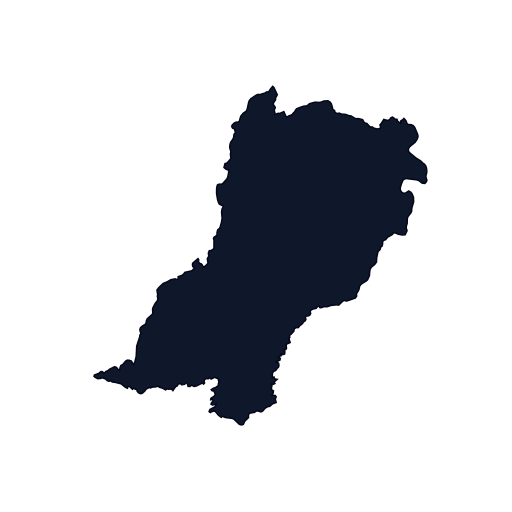 the district of São Gonçalo do Abaeté, Minas Gerais, Brazil, rotated 344°
{"feature_id": "56859067B31558780587995", "entity_name": "São Gonçalo do Abaeté", "entity_type": "district", "adm_level": 2, "iso_a3": "BRA", "parent_name": "Brazil", "parent_adm1": "Minas Gerais", "projection": "mercator", "projection_center": [-45.579, -18.177], "detail": "fine", "context": "isolated", "style": "filled", "palette": "ink", "viewbox_px": 512, "rotation_deg": 344, "n_neighbors": 0, "source": "geoboundaries", "source_scale": "gbopen_adm2", "svg_char_len": 6135}
<svg xmlns="http://www.w3.org/2000/svg" viewBox="0 0 512 512"><g transform="rotate(344 256 256)"><path d="M318.8,97.5L315.9,99.5L313.4,101.7L311.5,101.2L309.7,101.8L304.3,101.9L302.4,101.2L300.6,101.4L294.5,103.3L292.5,104.7L291.5,105.9L287.9,112.6L286.4,114.1L283.1,115.2L279.9,117.4L276.9,122.1L275.5,122.4L273.8,121.8L271.7,122.2L269.3,123.5L268.3,124.8L268.7,126.6L270.3,127.9L270.2,131.9L268.5,132.8L267.2,135.8L265.8,137.5L263.3,139.4L262.3,140.7L261.2,142.8L260.6,144.8L260.6,148.9L259.5,150.9L258.8,155.3L254.5,158.2L253.3,158.7L251.7,158.6L249.6,162.1L251.2,164.5L253.3,165.8L252.8,168.0L250.6,172.3L249.2,173.9L243.6,177.4L242.3,177.4L240.6,176.8L238.7,176.9L237.7,178.2L236.7,180.4L235.3,185.1L234.6,191.2L234.7,194.5L235.1,196.1L238.5,199.2L236.5,201.2L235.7,202.7L235.0,204.3L233.8,210.5L232.2,213.9L229.4,218.5L228.3,219.5L226.4,220.3L225.0,222.6L224.4,224.9L222.5,226.0L221.1,226.2L220.0,227.3L220.0,229.1L217.6,237.3L214.3,238.4L212.6,238.0L211.2,239.7L210.7,241.5L210.8,242.9L208.4,245.2L207.9,249.7L204.5,251.7L202.8,252.1L202.0,250.9L201.8,249.5L201.1,248.3L199.8,247.6L199.1,245.7L199.9,243.9L199.5,242.5L193.1,245.5L192.4,247.2L192.4,249.0L193.8,250.0L192.3,251.4L190.2,252.5L183.1,252.1L181.6,253.3L179.7,254.2L175.5,254.4L174.9,256.4L173.5,256.9L172.1,255.7L167.7,255.3L163.6,256.3L159.2,256.8L153.7,259.7L151.4,261.4L150.8,266.2L150.1,267.4L149.9,269.7L149.1,271.6L146.1,273.7L142.7,277.3L141.9,278.7L141.0,282.7L139.7,283.7L134.3,286.3L132.9,287.8L132.1,289.6L131.1,291.0L127.4,292.0L125.2,293.1L124.0,294.8L123.9,299.0L122.7,299.9L121.9,301.7L116.5,309.7L113.2,319.4L110.2,324.7L108.5,326.5L107.7,324.7L107.3,322.7L105.3,321.2L103.5,320.6L101.7,321.1L98.0,323.6L96.0,324.0L94.6,325.7L93.6,327.9L92.1,327.0L91.3,324.8L89.6,323.4L83.8,324.5L81.8,325.5L80.0,325.5L78.8,326.4L77.3,326.4L76.6,325.0L75.3,324.3L72.3,325.5L68.0,325.8L67.1,326.9L67.8,328.1L70.0,330.3L73.0,330.9L74.5,330.6L77.6,332.9L78.7,334.9L80.0,335.8L82.2,336.1L83.1,337.5L85.9,338.7L91.1,341.7L94.4,346.4L96.0,347.7L97.0,345.8L98.7,347.0L100.5,350.1L101.8,349.4L104.7,352.0L104.5,353.3L105.3,355.1L107.2,356.6L109.0,356.6L112.0,355.1L113.8,353.6L117.2,353.0L118.3,353.8L119.7,353.4L123.7,354.2L125.5,354.0L127.3,355.8L129.5,357.1L132.2,359.8L133.9,359.1L135.0,359.9L138.1,360.6L139.0,362.5L142.7,359.5L144.7,359.1L145.6,357.7L148.6,357.8L148.8,359.2L152.0,359.7L153.5,358.6L154.7,359.1L154.8,362.7L156.4,363.2L158.5,362.5L160.6,364.4L163.0,364.5L169.5,363.3L170.3,364.7L171.6,363.9L171.6,362.1L172.5,360.7L174.4,360.1L176.2,360.9L177.8,360.1L178.9,361.9L180.3,361.8L181.8,361.3L183.3,361.4L184.2,362.5L185.6,362.8L185.7,366.7L184.7,368.2L184.1,370.1L180.8,371.3L178.4,371.4L176.1,372.1L176.6,373.4L178.4,374.3L178.7,378.0L177.3,379.1L173.4,380.4L172.8,381.7L174.6,381.8L174.9,383.5L172.9,384.7L171.9,386.0L173.1,387.3L176.9,387.4L176.0,388.7L174.7,389.7L169.4,390.8L168.0,392.6L168.9,393.9L170.2,393.5L172.4,393.4L173.9,394.0L176.0,398.7L178.1,401.5L179.4,400.8L182.2,402.9L188.3,405.5L189.8,406.7L193.5,413.1L194.8,414.1L196.1,414.5L197.5,414.3L199.5,411.8L204.2,409.3L205.2,406.1L207.0,405.4L211.5,405.9L213.4,405.1L215.1,405.5L217.9,407.3L219.7,406.9L222.8,404.8L226.2,404.0L227.6,404.4L231.1,402.7L235.0,402.4L235.1,398.7L236.6,397.0L236.1,395.4L233.1,394.3L234.9,392.2L235.6,390.4L234.2,389.1L234.5,386.9L235.6,385.1L235.4,383.5L237.1,384.1L239.0,383.8L238.7,382.1L242.3,380.4L240.2,379.4L239.9,377.2L238.0,377.5L239.7,372.8L241.4,371.7L242.9,371.6L244.2,370.9L245.3,369.8L246.9,369.1L247.8,367.8L248.2,365.3L246.3,363.3L250.3,362.7L251.2,361.1L249.6,359.7L251.2,358.8L252.7,358.8L253.0,357.0L254.5,358.2L256.5,358.1L257.4,356.0L257.0,354.0L258.7,354.2L259.8,353.3L260.6,349.3L265.0,348.6L264.9,344.8L266.0,343.6L266.3,341.5L268.1,340.9L271.7,338.7L272.6,336.6L274.7,335.9L276.9,336.5L278.8,335.1L281.9,333.9L283.5,332.5L285.5,331.8L286.5,330.7L286.5,328.9L287.5,327.4L289.4,328.0L291.2,327.8L292.7,326.4L292.7,324.2L294.0,323.2L295.8,322.7L299.4,322.9L301.3,321.4L302.6,321.7L303.3,323.4L305.2,323.7L307.2,323.4L310.4,324.4L314.5,324.2L320.1,325.2L322.0,326.0L326.6,323.5L328.4,323.0L330.7,324.3L339.9,323.8L341.7,322.3L342.1,320.1L345.5,316.9L347.3,313.6L348.9,312.3L350.4,311.7L355.4,310.3L356.7,309.6L359.6,306.2L361.2,301.9L362.2,300.0L364.1,298.4L367.7,296.9L370.2,295.0L371.3,291.5L373.9,286.4L375.0,285.0L376.4,284.5L377.4,283.5L378.2,281.9L380.0,281.2L380.9,279.6L381.9,276.7L383.4,276.1L385.0,276.1L387.7,274.2L392.9,273.0L394.7,271.7L396.6,272.4L398.5,274.1L402.3,276.1L405.2,276.7L408.2,273.3L408.1,270.9L408.5,269.2L410.3,266.3L411.9,261.4L413.2,259.8L416.8,257.2L417.8,256.1L419.1,252.7L422.5,247.3L423.6,242.8L423.1,239.0L422.4,237.4L420.8,235.6L417.0,236.7L415.3,236.5L413.7,234.9L413.0,233.0L413.1,231.6L413.6,230.0L415.7,226.7L418.3,223.5L420.1,222.9L421.8,223.0L431.5,227.1L433.4,228.5L435.8,231.8L438.3,232.8L439.9,231.9L441.1,230.5L441.2,226.2L443.3,222.5L443.8,220.5L444.1,218.5L444.0,216.1L443.2,214.1L442.2,213.0L440.5,210.0L436.8,205.9L432.3,199.3L431.6,197.8L431.6,196.1L432.6,194.4L434.1,193.2L440.4,190.5L442.8,188.4L444.1,186.8L444.8,185.4L444.9,183.5L444.0,176.0L443.1,174.0L441.5,172.6L438.3,171.4L437.6,170.1L437.6,168.0L437.0,166.2L436.1,164.5L434.5,165.5L432.6,165.9L431.6,168.0L430.2,166.7L429.3,165.4L429.2,163.4L427.3,162.8L426.6,161.4L425.4,160.0L423.5,160.4L421.9,161.9L419.7,161.9L416.5,159.9L413.1,163.0L411.3,164.1L411.3,167.1L409.0,167.6L407.1,167.1L404.2,165.3L403.4,164.0L401.9,163.7L400.8,162.6L399.1,159.1L397.6,158.4L396.6,156.8L396.1,154.3L392.4,152.2L389.4,151.3L385.8,147.4L384.1,146.8L381.2,144.6L377.2,143.1L375.4,141.6L373.3,141.4L371.6,139.9L371.6,137.8L370.1,136.0L370.4,134.6L370.4,130.5L369.6,128.4L367.9,126.6L363.8,125.7L361.7,126.0L359.4,125.9L355.1,124.4L349.4,124.3L347.7,125.2L345.9,125.7L343.1,125.1L338.0,125.4L335.9,125.6L334.2,126.6L332.9,128.1L331.0,129.0L329.6,130.1L326.4,130.3L323.8,131.1L323.1,129.0L322.6,124.9L317.9,125.5L316.7,124.9L313.2,125.2L313.7,123.5L313.6,121.6L314.2,120.1L315.4,118.8L315.3,117.3L314.6,116.1L314.5,114.5L315.3,113.4L317.9,111.2L318.2,109.7L320.9,106.9L319.7,99.0L318.8,97.5Z" fill="#0f172a" stroke="#020617" stroke-width="1.5"/></g></svg>